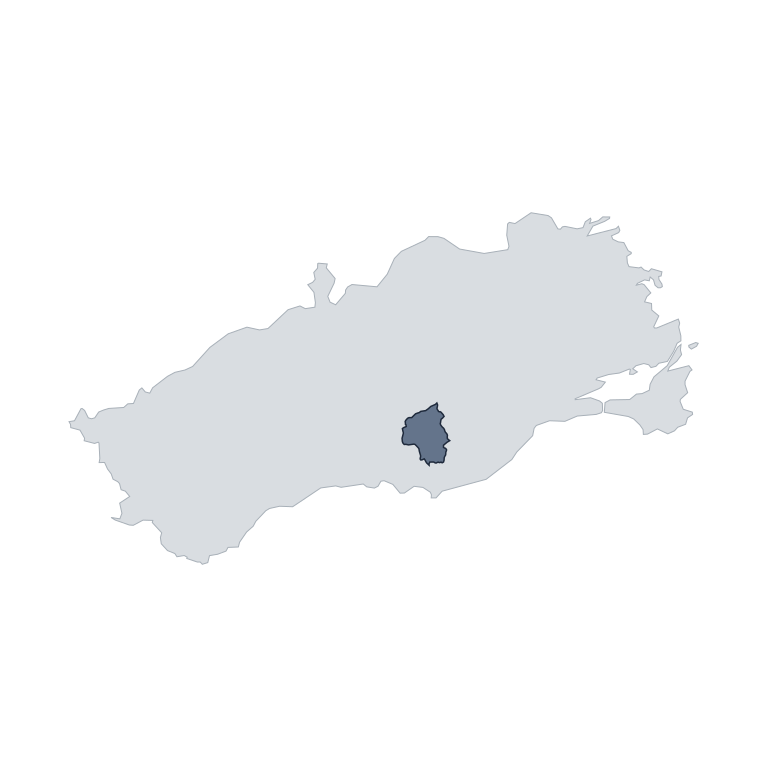 Çorum on a map of Turkey (Albers equal-area conic projection), rotated 162°
{"feature_id": "TUR-2291", "entity_name": "Çorum", "entity_type": "Province", "adm_level": 1, "iso_a3": "TUR", "parent_name": "Turkey", "parent_adm1": "", "projection": "albers", "projection_center": [34.616, 40.609], "detail": "fine", "context": "in_parent", "style": "filled", "palette": "slate", "viewbox_px": 768, "rotation_deg": 162, "n_neighbors": 0, "source": "natural_earth", "source_scale": "10m", "svg_char_len": 5114}
<svg xmlns="http://www.w3.org/2000/svg" viewBox="0 0 768 768"><g transform="rotate(162 384 384)"><path d="M572.9,274.0L582.9,276.8L585.9,273.9L594.8,273.5L603.0,274.7L606.8,268.6L612.5,268.7L613.8,271.5L616.6,272.4L625.5,279.0L624.7,280.1L627.0,282.6L634.3,283.7L635.3,287.4L641.4,292.5L645.2,300.9L644.1,307.1L641.4,311.2L647.2,323.9L646.0,325.7L655.2,329.0L666.1,327.1L669.8,328.6L681.7,337.7L684.8,341.4L676.9,337.4L673.2,342.0L672.2,352.4L660.6,355.6L663.1,362.0L666.7,364.7L666.3,371.0L667.4,373.4L671.1,377.2L671.2,382.8L673.2,388.6L674.0,395.7L679.2,397.3L677.3,400.9L673.3,415.9L673.8,417.0L677.6,416.9L686.7,422.7L685.5,425.0L687.4,434.1L695.4,439.3L694.6,442.4L695.2,445.5L689.7,444.7L679.9,454.1L678.7,454.0L676.9,451.4L675.7,443.2L672.9,441.3L669.5,441.2L664.0,445.5L658.7,445.9L653.3,445.8L638.8,442.1L633.8,444.3L628.3,442.9L618.6,453.9L615.5,455.1L613.5,450.2L609.6,447.7L605.2,451.9L587.5,458.2L579.2,459.7L569.0,458.8L560.6,459.8L538.3,472.6L516.6,479.9L496.8,480.4L485.7,473.9L477.2,472.6L452.3,484.3L439.8,484.2L435.6,480.0L426.0,478.4L424.1,482.6L422.3,492.8L425.8,502.0L420.5,502.7L417.1,504.8L416.3,511.8L411.4,514.7L409.8,519.0L408.9,519.1L400.9,515.7L403.0,512.3L397.9,499.4L400.3,495.3L410.4,484.7L410.0,478.5L405.5,474.3L392.7,482.2L391.5,485.2L388.6,487.5L383.7,488.5L360.6,478.6L347.0,487.4L335.3,500.2L326.5,504.8L300.6,508.0L296.0,510.4L287.2,507.5L282.0,504.0L270.4,489.0L248.4,477.2L224.8,473.5L222.6,476.3L221.3,487.5L217.0,498.0L214.9,499.0L209.8,496.1L191.2,501.4L175.9,493.5L173.4,490.3L170.7,477.8L168.4,476.7L165.8,478.3L163.2,478.0L152.4,471.9L146.4,471.2L142.4,476.1L136.4,477.9L136.3,476.4L138.9,473.2L129.5,473.1L124.3,475.3L117.7,473.1L118.3,471.8L123.9,470.5L136.5,469.6L145.0,462.0L115.3,460.1L112.3,461.6L112.2,457.3L114.0,455.5L121.9,454.6L121.7,451.0L117.3,446.8L112.2,444.4L110.6,435.3L108.2,432.8L108.6,431.6L113.6,430.4L115.1,424.0L114.7,419.9L105.6,415.6L103.4,415.8L101.4,412.1L97.5,409.2L94.1,411.0L85.0,404.8L87.1,401.1L89.5,401.4L90.2,398.4L88.8,393.2L89.2,390.6L91.3,390.1L93.6,390.8L95.7,394.1L95.5,399.8L97.8,403.5L99.8,400.2L104.0,402.5L111.9,401.4L113.5,400.0L107.8,399.7L105.9,398.1L102.1,388.2L107.0,385.9L110.8,381.6L104.7,377.9L106.5,371.6L101.6,363.8L109.8,355.1L109.5,353.7L107.3,353.0L84.0,354.8L84.0,350.5L86.1,347.1L86.8,338.1L88.3,333.3L92.6,332.2L98.4,325.6L107.5,317.9L116.2,318.8L119.9,316.8L125.0,317.1L126.3,320.5L130.6,323.2L138.7,323.5L142.7,321.6L139.3,317.2L143.9,316.2L147.5,317.4L145.2,321.8L146.2,322.4L156.7,321.7L167.4,323.6L179.4,323.8L181.0,322.5L172.9,317.4L178.5,313.7L181.6,313.1L206.8,310.9L207.0,310.0L191.8,307.1L184.2,301.2L182.3,298.2L184.3,291.2L186.1,289.5L191.5,289.5L210.1,293.8L223.5,292.6L237.9,297.9L251.9,297.5L254.9,295.5L258.6,288.9L278.7,278.3L285.7,272.7L316.3,261.8L361.8,264.1L369.7,259.6L374.3,261.1L373.1,264.1L373.4,266.8L378.9,273.6L387.0,277.4L398.3,274.0L402.4,275.2L406.6,285.8L413.8,292.0L417.0,292.5L421.3,288.6L425.3,288.0L432.2,291.5L434.6,295.3L456.7,299.0L461.4,302.0L476.3,304.7L508.8,295.5L521.1,300.0L531.3,301.0L535.6,300.0L548.4,293.0L552.3,289.2L560.4,285.7L570.2,278.2L572.9,274.0ZM152.9,255.9L151.7,260.6L153.3,266.0L157.3,273.6L161.7,277.6L183.2,289.0L179.5,298.0L173.9,299.0L155.1,293.3L147.0,296.4L141.5,295.1L133.6,296.1L131.0,301.5L125.0,307.4L109.0,313.9L93.5,328.2L89.3,329.8L91.6,324.7L91.9,320.0L98.5,315.2L107.5,311.8L110.1,308.6L88.4,307.2L86.7,302.2L89.1,301.5L96.8,293.7L97.9,290.3L97.9,281.9L106.9,277.8L107.8,275.9L107.2,267.5L99.5,262.0L99.9,259.7L105.8,258.0L109.6,252.5L118.0,252.1L122.2,249.7L129.5,248.9L137.9,256.8L148.8,254.9L152.9,255.9ZM82.2,326.6L74.7,327.1L72.6,325.6L75.1,323.3L80.9,322.2L82.6,324.9L82.2,326.6Z" fill="#d9dde1" stroke="#a8b0b8" stroke-width="1"/><path d="M353.1,291.1L353.9,292.1L355.1,292.0L355.8,292.2L356.3,292.8L357.4,293.0L358.4,292.7L359.3,292.9L360.1,293.5L360.5,294.1L361.0,294.5L364.6,295.6L365.2,294.8L365.8,294.3L365.9,294.1L366.0,293.8L366.1,293.1L366.2,292.8L367.8,295.7L368.2,297.2L368.4,298.8L368.9,300.4L371.3,300.1L372.5,300.4L372.8,301.5L372.3,302.6L371.7,303.4L371.3,304.7L371.2,308.9L370.8,311.6L371.1,312.7L372.4,315.5L373.2,317.0L374.2,317.6L379.5,318.5L381.9,319.9L383.0,320.1L383.5,320.3L384.3,322.2L384.3,323.7L383.6,326.8L380.9,331.0L380.6,332.0L380.6,333.1L380.3,335.9L379.0,336.4L376.0,336.7L375.7,338.5L376.1,339.0L375.9,339.7L375.6,340.6L375.6,341.5L374.7,342.6L372.2,344.1L370.7,344.3L368.0,343.5L363.2,345.9L360.7,346.0L359.4,345.9L357.5,346.6L352.6,345.8L349.5,346.8L346.4,348.2L341.4,348.7L339.6,349.6L339.5,347.5L340.4,345.7L341.1,344.7L341.2,343.4L340.8,342.2L340.7,341.7L340.7,341.2L340.1,340.5L339.3,340.4L338.5,339.6L337.2,336.6L336.9,334.6L339.4,333.2L340.0,333.1L340.6,332.8L341.5,331.2L342.3,329.5L342.7,329.2L342.8,328.1L342.6,327.0L342.2,325.9L341.8,324.9L341.0,323.6L340.6,322.0L340.7,320.5L340.5,319.1L339.7,317.5L339.5,315.7L340.2,314.1L340.6,312.4L339.0,309.8L341.8,309.2L346.3,307.4L347.0,305.3L346.0,304.2L345.4,303.9L344.8,302.4L345.1,301.5L346.2,300.2L347.3,297.5L348.8,296.2L349.5,295.3L350.4,293.0L351.5,291.4L353.1,291.1Z" fill="#64748b" stroke="#1e293b" stroke-width="1.5"/></g></svg>